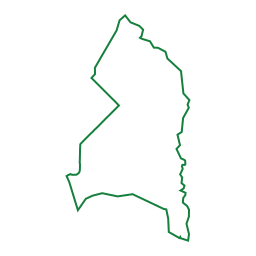 Prince George's, Maryland, United States of America
{"feature_id": "52423323B69501139245181", "entity_name": "Prince George's", "entity_type": "district", "adm_level": 2, "iso_a3": "USA", "parent_name": "United States of America", "parent_adm1": "Maryland", "projection": "orthographic", "projection_center": [-76.846, 38.833], "detail": "fine", "context": "isolated", "style": "outline", "palette": "green", "viewbox_px": 256, "rotation_deg": 0, "n_neighbors": 0, "source": "geoboundaries", "source_scale": "gbopen_adm2", "svg_char_len": 1413}
<svg xmlns="http://www.w3.org/2000/svg" viewBox="0 0 256 256"><path d="M188.1,240.6L189.0,234.2L186.5,223.7L188.9,216.6L189.0,209.7L187.1,206.0L182.9,202.6L183.2,198.0L185.4,195.0L185.5,192.8L180.5,190.5L183.6,188.5L184.5,185.6L181.5,183.1L182.2,177.6L180.2,174.4L180.4,173.7L181.0,172.6L182.6,169.1L182.6,168.3L182.0,166.6L182.0,165.9L182.2,165.2L182.5,164.9L184.6,164.9L185.2,164.6L185.4,164.0L185.2,161.9L185.2,160.7L184.7,160.1L180.9,158.3L176.5,148.9L180.0,145.2L177.5,134.7L181.7,132.0L183.1,118.0L188.8,107.8L187.6,104.6L189.4,100.1L183.4,93.4L181.0,71.1L167.4,58.5L165.5,51.8L158.0,47.8L153.8,47.6L150.0,41.3L141.9,38.8L140.0,37.8L141.5,36.2L143.1,29.7L139.3,25.9L130.5,22.3L125.1,15.4L119.6,20.3L116.6,30.4L106.5,47.8L100.6,57.9L99.8,59.4L94.9,67.8L95.0,74.1L91.5,78.0L94.6,81.1L109.3,95.8L111.3,97.8L113.6,100.0L118.9,105.5L118.5,105.9L116.0,108.4L115.7,108.7L107.0,117.4L105.8,118.5L104.5,119.9L103.4,121.0L98.2,126.3L94.3,130.0L92.2,132.3L91.8,132.5L84.9,139.4L80.6,143.8L80.5,144.0L80.3,144.4L80.2,146.2L80.0,150.7L80.0,152.5L79.8,160.8L79.7,162.8L80.0,164.1L79.9,169.2L79.6,171.5L78.7,173.1L76.4,174.7L72.8,174.8L70.9,174.5L70.6,174.1L70.3,174.2L68.6,174.9L66.6,176.1L69.3,182.2L77.9,210.2L85.8,198.8L92.5,195.7L102.2,193.2L117.6,196.4L132.6,194.2L163.6,208.9L166.3,209.4L168.2,218.6L168.8,232.0L179.3,238.0L180.2,237.0L180.5,238.2L188.1,240.6Z" fill="none" stroke="#15803d" stroke-width="2"/></svg>